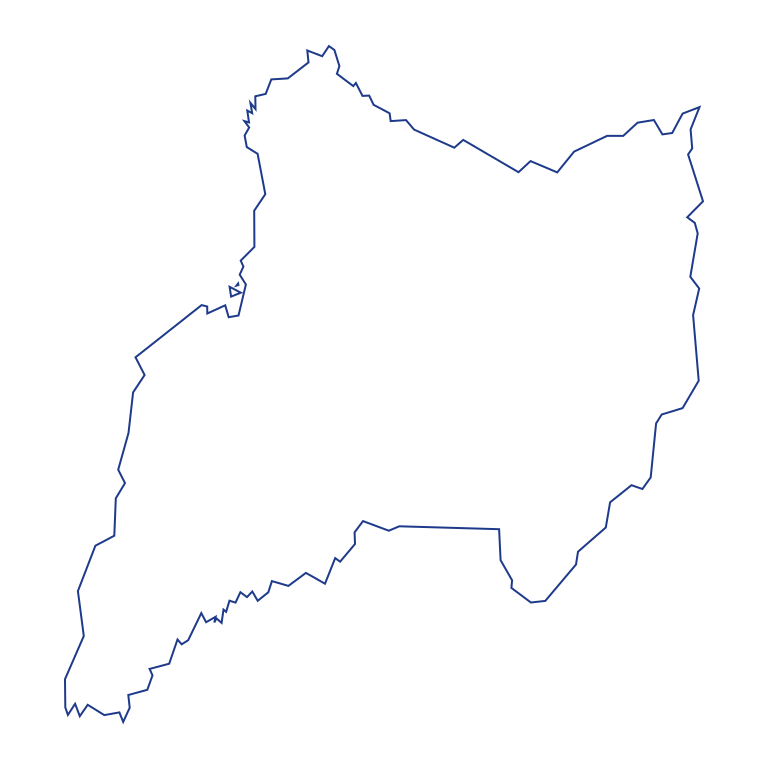 outline of Mamuju Tengah, Sulawesi Barat, Indonesia
{"feature_id": "22746128B49136567123703", "entity_name": "Mamuju Tengah", "entity_type": "district", "adm_level": 2, "iso_a3": "IDN", "parent_name": "Indonesia", "parent_adm1": "Sulawesi Barat", "projection": "equal_earth", "projection_center": [119.569, -2.021], "detail": "medium", "context": "isolated", "style": "outline", "palette": "blue", "viewbox_px": 768, "rotation_deg": 0, "n_neighbors": 0, "source": "geoboundaries", "source_scale": "gbopen_adm2", "svg_char_len": 1881}
<svg xmlns="http://www.w3.org/2000/svg" viewBox="0 0 768 768"><path d="M698.7,380.7L693.1,315.1L699.2,288.5L690.3,276.8L697.7,233.4L694.8,222.9L687.2,217.3L703.0,201.3L688.1,154.5L692.2,148.4L690.6,129.4L699.5,107.1L682.6,113.6L672.2,133.0L662.4,134.4L653.9,120.0L637.5,122.7L623.2,135.9L607.0,135.9L574.1,151.6L557.2,172.4L530.5,161.1L518.5,172.2L463.2,139.9L454.3,147.7L414.1,129.6L406.0,120.1L390.7,121.1L389.6,113.3L373.6,104.8L369.2,95.6L362.5,95.9L355.9,83.0L353.3,86.1L336.9,73.8L339.4,66.1L334.4,50.0L328.9,46.1L322.2,56.2L307.3,50.5L308.5,62.4L287.8,78.4L271.3,79.4L265.7,93.9L255.3,96.3L255.5,109.0L250.4,102.8L252.2,113.2L247.3,110.6L249.0,122.4L244.4,121.1L249.2,127.5L244.6,135.5L246.8,147.1L257.6,153.8L265.3,194.2L254.2,210.7L254.4,246.9L240.7,260.6L243.4,266.6L239.7,274.7L245.9,284.5L238.5,315.5L228.7,317.2L225.2,305.3L207.3,313.5L207.2,306.5L201.6,305.1L135.5,357.3L144.6,375.0L133.1,392.4L128.5,433.0L118.2,469.7L125.0,483.1L115.8,498.3L114.3,535.7L95.4,545.7L77.9,591.1L83.8,636.0L65.0,679.2L65.3,707.4L67.9,714.9L75.1,703.8L79.8,716.2L87.7,704.8L104.3,715.1L119.4,712.4L123.2,721.9L129.7,707.7L128.3,695.0L147.3,689.8L152.5,675.4L149.6,668.9L169.2,663.7L177.5,639.5L181.7,644.3L188.2,640.2L201.3,613.1L206.1,622.2L215.6,616.8L214.3,622.5L216.5,618.4L221.6,622.9L223.5,609.6L226.1,611.8L229.5,600.7L235.5,602.6L240.4,592.2L247.0,597.1L252.3,591.5L257.7,600.8L268.3,592.3L271.9,581.1L288.4,585.9L305.9,572.9L325.0,583.7L335.2,558.1L340.1,561.7L355.0,544.0L354.6,532.3L363.0,521.1L388.8,530.7L399.3,526.3L499.1,529.2L500.6,560.2L512.1,580.3L511.4,587.9L530.9,602.5L545.3,600.9L576.0,564.5L578.0,551.7L605.8,527.5L610.1,502.3L631.5,485.2L642.4,489.0L650.7,477.4L656.1,423.4L661.7,414.5L682.6,408.1L698.7,380.7ZM240.8,292.7L229.6,286.8L231.1,296.6L240.8,292.7ZM238.1,283.5L236.5,285.6L238.4,285.0L238.1,283.5Z" fill="none" stroke="#1e3a8a" stroke-width="2"/></svg>